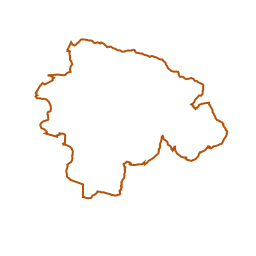 outline of Carjiti, Hunedoara, Romania, rotated 193°
{"feature_id": "2599482B6366449837479", "entity_name": "Carjiti", "entity_type": "district", "adm_level": 2, "iso_a3": "ROU", "parent_name": "Romania", "parent_adm1": "Hunedoara", "projection": "natural_earth1", "projection_center": [22.817, 45.851], "detail": "fine", "context": "isolated", "style": "outline", "palette": "amber", "viewbox_px": 256, "rotation_deg": 193, "n_neighbors": 0, "source": "geoboundaries", "source_scale": "gbopen_adm2", "svg_char_len": 5730}
<svg xmlns="http://www.w3.org/2000/svg" viewBox="0 0 256 256"><g transform="rotate(193 128 128)"><path d="M155.9,50.7L155.4,50.9L152.7,50.4L150.9,50.7L148.4,51.5L148.1,51.8L147.4,54.2L145.7,55.3L144.3,57.0L143.6,58.2L143.7,58.8L143.5,59.3L140.9,59.5L138.9,59.3L137.7,59.8L136.8,59.8L133.4,59.5L131.0,59.6L128.7,59.1L127.3,59.4L125.6,59.2L123.5,59.9L122.9,60.6L122.4,60.7L121.3,61.4L120.7,62.1L121.4,63.1L121.3,63.8L122.1,64.5L121.9,64.8L121.9,65.1L121.6,65.2L121.5,65.9L120.6,66.6L120.7,67.0L121.0,67.1L121.1,67.4L120.8,68.5L121.4,69.1L121.2,69.5L121.5,69.6L121.7,69.9L121.6,70.3L121.8,70.5L121.4,70.9L121.4,71.4L121.7,71.9L121.8,72.5L122.1,72.8L122.0,73.3L122.2,73.9L121.8,74.4L121.7,75.2L121.8,76.0L120.6,78.3L120.5,79.3L120.7,80.2L120.5,80.6L121.2,81.8L121.3,82.2L121.1,82.9L121.0,84.2L121.1,84.6L121.0,85.0L121.5,85.7L121.4,86.4L122.3,88.2L122.3,88.4L121.8,88.7L121.8,89.2L122.9,89.9L123.6,90.8L123.9,91.4L124.2,91.5L124.2,92.0L122.6,93.2L121.6,94.9L118.6,94.8L117.8,94.6L117.5,94.3L118.3,93.7L118.3,93.2L117.7,92.8L117.0,92.8L112.6,93.5L110.3,94.7L105.8,96.0L104.9,96.9L104.9,97.1L105.1,97.3L104.5,98.2L104.5,97.5L104.0,97.5L103.9,96.9L103.6,96.5L103.5,96.8L103.3,96.8L102.3,97.7L101.4,98.7L100.8,100.3L97.9,103.1L95.9,105.3L94.6,107.5L93.1,109.4L92.7,110.4L92.7,112.1L93.0,112.9L92.9,113.4L93.1,113.5L93.2,114.0L93.3,114.3L92.6,115.4L92.5,116.1L92.6,118.0L92.9,118.3L93.2,119.0L92.7,123.6L93.1,127.0L92.8,127.2L92.6,128.1L92.2,128.0L91.0,125.6L90.4,124.9L88.6,124.4L87.2,123.7L86.1,122.6L85.9,122.2L85.7,121.2L85.3,120.6L84.8,120.4L83.3,120.2L82.1,119.5L81.3,118.4L80.9,117.2L80.6,116.8L80.7,117.1L80.4,117.2L80.0,116.5L79.8,116.5L80.0,117.3L79.7,117.2L79.6,117.4L79.2,116.3L79.1,116.5L78.9,117.1L79.1,117.8L78.8,117.9L78.6,118.3L78.6,120.2L78.0,120.4L77.9,119.4L77.7,119.1L76.9,117.0L76.3,116.1L74.5,114.2L72.0,113.0L70.9,112.7L70.0,112.0L67.0,111.8L65.2,112.2L64.8,111.8L64.8,112.4L64.6,112.4L64.6,111.8L64.8,111.1L64.4,111.1L63.6,110.4L62.1,110.2L60.6,110.4L59.2,110.2L58.5,110.3L57.4,111.5L56.3,111.9L55.0,113.2L53.3,116.0L53.1,116.6L53.1,118.3L52.7,119.6L52.3,120.1L52.2,120.7L51.4,120.6L50.5,121.7L49.2,122.5L47.9,123.7L47.1,124.9L46.8,126.4L46.2,126.5L46.2,126.9L45.6,127.3L45.5,127.9L45.7,128.2L45.3,128.3L44.8,127.9L44.6,128.2L44.1,128.2L43.7,127.3L43.4,127.0L43.6,126.7L43.2,126.6L42.4,127.0L42.5,127.2L42.4,127.4L41.1,128.3L41.0,128.8L40.4,129.4L39.5,129.7L36.4,131.4L34.7,132.9L33.7,133.4L33.2,133.9L32.7,135.0L32.3,137.2L31.7,139.4L30.5,142.4L30.6,143.0L30.3,143.8L30.5,144.6L30.6,147.0L32.1,147.9L32.5,148.3L32.4,148.7L32.5,149.0L35.3,151.3L36.2,152.7L35.9,153.1L35.9,153.5L36.8,153.8L37.4,154.6L38.2,154.6L39.5,155.2L40.2,155.1L41.6,155.7L42.9,155.8L44.7,157.0L45.8,158.9L47.3,160.5L47.9,161.5L49.0,162.1L49.2,162.4L49.3,163.7L50.1,165.0L51.1,166.0L51.5,166.6L52.6,167.5L52.9,168.2L53.3,168.4L53.6,168.9L54.1,168.9L54.2,169.1L54.1,169.5L54.7,169.9L55.0,170.4L54.9,170.8L60.0,168.9L63.3,167.0L64.0,166.3L64.0,165.6L64.4,164.6L65.1,163.4L66.0,163.1L66.1,162.9L66.0,162.6L67.2,162.7L66.8,162.2L66.8,161.9L68.1,162.6L69.7,163.9L69.4,164.3L70.4,165.0L70.6,164.9L71.7,165.2L71.5,165.5L70.5,166.1L70.0,166.7L69.9,167.5L69.3,168.0L69.0,170.3L68.5,171.4L67.0,173.8L66.2,175.5L65.7,175.8L64.0,175.9L63.1,177.9L63.1,178.6L63.7,181.2L63.3,182.0L64.0,184.8L64.1,186.3L64.4,187.1L68.1,188.1L70.4,188.4L71.5,189.1L73.6,189.1L74.4,189.7L75.2,190.5L75.8,190.7L77.7,190.9L81.5,188.9L82.5,188.7L84.3,189.3L85.2,189.9L86.3,190.1L87.5,190.0L89.1,189.6L90.1,190.9L90.7,191.4L90.8,191.7L90.9,192.8L91.7,194.0L94.0,193.8L95.2,193.3L98.6,193.3L100.6,194.4L101.7,194.8L102.6,195.4L103.9,197.3L105.4,198.4L105.9,199.7L106.5,200.4L108.1,200.9L109.3,201.7L109.8,202.4L112.0,202.1L114.8,202.6L116.1,203.1L118.4,203.2L120.0,203.5L120.9,203.5L123.0,202.2L123.5,202.5L125.8,203.0L128.7,202.9L129.3,203.3L130.2,203.4L131.0,203.8L132.4,203.4L136.9,203.3L137.8,203.7L139.0,205.3L139.8,205.6L141.5,204.8L142.0,204.3L144.4,203.6L145.1,203.7L148.3,202.1L149.0,201.5L151.2,201.1L152.9,201.8L155.5,201.5L156.0,201.5L158.3,202.3L160.4,202.4L163.2,203.5L164.1,203.1L164.5,202.7L166.4,202.6L166.6,202.2L167.5,202.9L169.7,204.1L170.1,204.6L173.4,205.3L174.2,204.0L175.6,204.4L177.0,204.6L179.2,203.2L180.8,203.6L182.3,204.7L183.8,205.0L186.0,204.4L187.5,204.6L190.6,204.4L192.3,204.1L193.8,203.5L195.3,200.4L196.5,199.3L197.4,197.6L198.8,196.3L200.3,196.7L201.3,197.4L202.7,198.8L203.2,196.1L203.1,195.9L203.5,195.3L203.9,193.0L204.5,191.0L204.5,189.5L203.1,189.7L203.3,189.7L202.9,189.6L202.7,189.9L201.8,189.6L202.0,187.8L201.4,186.3L200.6,185.1L200.3,183.3L199.8,181.4L198.5,180.5L197.9,179.4L196.6,177.7L197.4,175.9L197.8,174.3L197.8,173.2L197.5,171.5L196.6,169.8L197.8,169.3L198.5,168.6L199.4,168.3L200.4,166.9L200.9,165.8L202.0,165.2L203.3,164.8L209.0,164.2L213.2,162.6L217.3,161.6L217.2,161.3L216.7,161.6L211.4,160.3L212.7,158.7L212.1,157.5L218.8,151.7L221.5,152.5L222.6,149.8L223.1,149.4L225.7,141.5L225.0,141.4L224.9,139.8L223.7,139.4L225.1,138.0L223.6,136.5L220.0,137.2L218.5,137.0L216.8,137.4L214.2,137.6L210.9,135.6L208.3,132.1L207.3,128.9L207.4,126.9L209.7,125.3L209.7,123.8L208.6,121.7L207.6,118.7L207.6,118.2L207.9,117.9L212.1,115.3L213.9,112.9L214.2,111.4L214.0,110.7L212.2,108.2L210.2,108.2L208.7,107.7L206.4,106.2L206.0,105.3L207.4,104.1L195.2,103.5L195.7,104.7L193.1,106.2L193.6,106.9L193.6,107.4L191.6,107.5L190.1,107.9L188.6,107.7L187.4,106.6L187.4,105.9L186.1,99.3L187.8,98.1L187.3,97.3L185.8,97.7L180.9,96.9L178.6,95.7L178.0,95.1L176.4,92.6L176.3,91.8L176.3,91.1L175.9,89.0L176.2,88.6L175.3,85.8L175.3,83.8L175.9,81.7L177.0,81.0L178.9,78.4L178.2,77.5L178.3,75.0L178.6,72.4L177.1,69.0L176.8,67.7L175.9,66.3L174.3,65.8L172.9,65.0L172.6,64.5L159.1,62.9L156.4,50.6L155.9,50.7Z" fill="none" stroke="#b45309" stroke-width="2"/></g></svg>